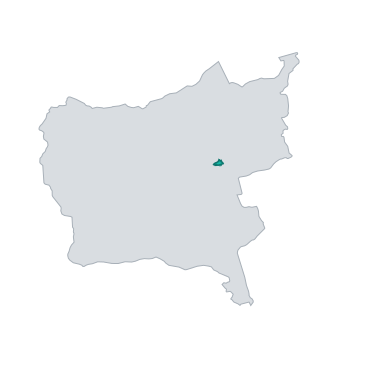 Miabi, Kasaï-Oriental, Democratic Republic of the Congo shown in context, rotated 254°
{"feature_id": "63176286B13611321695248", "entity_name": "Miabi", "entity_type": "district", "adm_level": 2, "iso_a3": "COD", "parent_name": "Democratic Republic of the Congo", "parent_adm1": "Kasaï-Oriental", "projection": "robinson", "projection_center": [23.286, -6.293], "detail": "fine", "context": "in_parent", "style": "filled", "palette": "teal", "viewbox_px": 384, "rotation_deg": 254, "n_neighbors": 0, "source": "geoboundaries", "source_scale": "gbopen_adm2", "svg_char_len": 5278}
<svg xmlns="http://www.w3.org/2000/svg" viewBox="0 0 384 384"><g transform="rotate(254 192 192)"><path d="M310.1,253.4L285.8,257.8L286.3,259.4L286.1,261.0L285.4,262.3L282.9,265.7L279.3,268.8L279.2,269.6L281.1,273.1L282.2,277.9L281.9,286.3L282.4,288.6L282.3,290.3L281.0,292.3L278.5,302.5L280.2,307.4L284.9,312.0L287.7,315.4L292.5,316.6L293.2,316.4L293.5,313.6L297.3,312.5L297.2,330.6L296.9,331.6L296.2,331.8L295.3,331.3L295.0,329.5L294.1,328.8L289.4,331.0L288.3,331.0L287.0,330.6L286.1,329.7L285.8,328.3L282.6,323.0L281.0,322.6L279.2,317.9L272.0,314.4L269.2,314.1L267.7,313.1L266.3,309.3L263.9,306.9L263.4,304.3L262.9,303.9L261.4,304.4L260.1,308.7L258.5,309.7L255.5,309.8L248.0,308.5L242.7,306.4L241.3,306.5L239.2,304.6L238.3,301.3L238.8,298.8L238.4,298.4L230.3,300.5L228.3,301.8L226.5,301.5L225.9,300.8L226.7,299.1L226.3,297.2L225.7,296.3L223.3,295.7L222.6,293.7L221.1,293.4L220.6,293.7L220.3,295.0L219.4,295.5L214.5,294.8L209.5,296.6L202.7,296.1L199.5,298.2L199.0,298.2L198.3,297.1L197.7,293.7L198.0,292.7L199.0,292.1L199.4,290.7L199.0,287.1L199.3,286.3L198.9,284.2L197.9,281.0L196.5,278.3L193.5,274.3L192.9,272.4L193.1,268.0L194.1,260.9L194.0,255.6L192.7,252.2L192.4,248.6L193.2,241.9L192.4,240.3L177.0,239.8L176.4,239.3L176.1,238.4L176.8,234.5L167.4,235.5L164.6,236.2L162.9,237.8L162.3,239.8L162.2,242.7L160.8,245.4L160.4,250.1L157.8,250.6L155.2,250.6L150.2,249.6L145.4,250.9L143.0,252.2L141.7,251.6L137.3,252.0L136.8,251.7L131.7,242.5L129.5,239.5L129.0,238.0L129.2,236.6L128.6,234.7L126.3,230.0L125.8,227.8L125.9,224.3L125.6,223.2L123.5,220.2L122.1,219.3L120.6,218.7L95.4,219.2L87.1,218.6L81.0,219.0L77.9,218.7L77.1,218.3L74.3,218.9L72.9,220.2L70.7,220.8L69.3,220.5L66.7,217.2L70.3,216.6L70.5,216.2L70.7,208.1L69.8,206.9L71.7,205.5L74.7,201.9L77.7,200.6L78.1,199.9L78.8,200.0L79.8,201.5L82.4,203.4L85.6,201.7L86.0,201.2L86.4,197.7L87.2,197.4L88.6,198.2L89.3,198.2L90.7,197.2L94.8,195.4L96.0,197.6L94.9,199.7L95.4,201.1L95.5,203.3L96.2,203.8L99.4,204.1L100.4,203.5L106.8,195.5L108.4,194.6L111.1,191.4L114.7,190.0L116.2,187.5L118.3,183.0L119.2,176.5L118.9,165.3L119.2,163.8L123.4,158.8L127.9,149.6L130.9,147.2L133.1,146.2L136.6,142.9L139.4,139.5L139.0,135.5L139.6,132.1L141.1,127.8L141.6,123.3L141.1,118.6L141.3,114.7L143.4,108.5L143.6,101.3L145.4,95.3L149.1,87.7L150.9,82.1L150.5,76.5L151.0,72.4L150.8,70.0L150.2,67.9L150.5,66.6L151.9,66.0L153.6,63.9L156.7,58.4L160.1,55.8L162.4,54.9L164.9,55.0L166.5,55.5L169.0,57.6L172.0,59.4L174.2,61.5L176.3,64.8L181.6,65.6L183.8,66.8L185.2,67.2L185.7,66.9L186.7,67.1L189.2,68.1L191.2,67.5L200.8,69.7L201.9,68.6L204.6,62.9L206.7,60.9L210.0,60.7L212.6,61.8L213.9,61.8L225.8,56.9L227.3,56.7L231.6,57.9L234.4,57.1L235.6,57.3L238.0,56.4L240.0,53.0L241.6,52.2L258.7,55.9L261.3,54.1L262.5,53.9L266.3,55.2L267.5,57.3L269.8,59.1L271.4,62.1L273.9,63.8L275.2,65.4L276.7,66.5L279.8,66.9L283.7,64.2L286.5,64.5L289.3,65.9L290.3,65.9L292.4,64.3L293.5,62.6L294.6,62.2L296.2,63.0L297.6,64.5L298.8,66.8L303.1,72.0L307.2,74.2L308.2,77.3L309.7,77.0L310.5,77.3L311.5,79.3L312.3,79.7L312.4,80.5L311.4,82.4L310.4,86.0L311.7,88.2L310.6,91.4L310.1,94.7L311.4,95.6L313.2,95.5L314.8,97.2L316.0,97.5L317.3,99.3L317.0,100.9L313.0,106.2L306.8,112.9L304.8,113.7L303.7,114.9L303.0,116.8L301.2,118.5L299.8,119.1L299.7,123.9L297.7,128.9L296.9,129.9L295.7,137.9L295.9,139.3L294.8,145.9L295.0,152.0L292.0,153.9L290.0,157.0L289.1,159.1L289.1,164.0L285.7,167.1L285.5,167.8L286.3,171.3L287.6,171.9L287.6,173.1L290.3,176.8L290.1,188.5L290.3,189.6L291.7,192.4L292.6,197.6L291.6,204.3L295.3,216.6L293.6,221.1L294.4,225.4L296.6,229.9L301.8,234.4L303.1,236.2L304.5,238.7L305.7,242.5L310.1,253.4Z" fill="#d9dde1" stroke="#a8b0b8" stroke-width="1"/><path d="M210.3,227.6L210.5,227.8L210.5,228.0L210.4,228.0L210.6,228.2L210.6,228.3L210.6,228.5L210.7,228.8L210.7,229.0L210.8,229.2L210.7,229.4L210.7,229.5L210.8,229.6L210.7,229.7L210.8,229.8L210.9,229.7L211.0,229.7L211.3,229.7L211.5,229.6L211.8,229.5L212.0,229.4L212.2,229.2L212.3,229.2L212.5,229.0L212.5,228.9L212.7,228.7L212.8,228.8L213.0,228.7L213.3,228.6L213.5,228.8L213.7,228.7L213.9,228.7L214.0,228.6L214.3,228.7L214.3,228.4L214.3,228.2L214.4,227.8L214.3,227.7L214.5,227.6L214.6,227.4L214.6,227.2L214.6,226.9L214.8,227.0L214.8,227.3L215.0,227.4L215.3,227.3L215.3,227.2L215.2,227.1L215.3,227.0L215.2,227.0L215.2,226.9L215.1,226.7L215.0,226.4L214.9,226.4L214.7,226.3L214.7,226.2L214.4,226.0L214.4,225.9L214.2,225.7L213.9,225.2L213.9,224.9L213.8,224.7L213.7,224.3L213.6,224.1L213.6,223.9L213.5,223.7L213.5,223.4L213.5,223.2L213.4,222.7L213.5,222.5L213.4,222.2L213.3,221.9L213.2,221.9L213.1,221.7L213.0,221.4L213.0,221.2L212.9,221.2L212.9,220.9L212.7,220.8L212.5,220.6L212.4,220.6L212.3,220.4L212.2,220.5L212.1,220.8L212.1,221.0L211.9,221.2L211.7,221.3L211.8,221.4L211.9,221.5L211.7,221.6L211.6,221.8L211.6,222.0L211.5,221.9L211.4,221.9L211.4,222.0L211.3,221.9L211.2,221.9L211.2,222.0L211.1,222.3L211.3,222.5L211.2,222.7L211.1,222.9L211.1,223.0L211.0,223.3L210.9,223.3L210.9,223.5L210.9,223.8L210.9,224.0L210.7,224.0L210.6,224.3L210.6,224.5L210.5,224.8L210.5,225.0L210.4,225.2L210.4,225.3L210.4,225.5L210.5,225.7L210.4,225.8L210.3,226.0L210.4,226.3L210.3,226.5L210.2,226.5L210.3,226.6L210.3,226.8L210.4,227.0L210.2,227.0L210.3,227.3L210.2,227.5L210.3,227.6L210.3,227.6Z" fill="#14b8a6" stroke="#0f766e" stroke-width="1.5"/></g></svg>